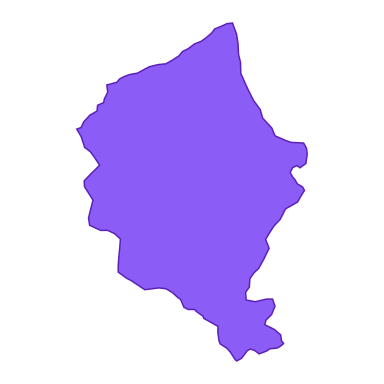 Kivisili, Larnaca, Cyprus
{"feature_id": "46923920B59918877113180", "entity_name": "Kivisili", "entity_type": "district", "adm_level": 2, "iso_a3": "CYP", "parent_name": "Cyprus", "parent_adm1": "Larnaca", "projection": "mercator", "projection_center": [33.515, 34.826], "detail": "fine", "context": "isolated", "style": "filled", "palette": "violet", "viewbox_px": 384, "rotation_deg": 0, "n_neighbors": 0, "source": "geoboundaries", "source_scale": "gbopen_adm2", "svg_char_len": 1806}
<svg xmlns="http://www.w3.org/2000/svg" viewBox="0 0 384 384"><path d="M232.5,23.0L232.2,23.1L226.8,23.7L222.2,25.9L214.9,28.8L211.4,33.3L205.4,38.3L200.8,41.5L194.6,43.9L188.0,48.8L182.5,51.5L178.9,55.9L172.4,60.1L165.9,63.8L158.1,64.6L149.2,66.8L144.9,69.1L137.5,73.1L129.1,74.7L124.3,76.5L119.5,79.0L117.0,82.2L106.8,85.0L107.7,92.2L104.3,99.1L103.6,102.6L97.6,105.3L97.0,111.1L90.0,115.0L83.7,121.9L81.1,127.5L76.8,129.1L81.3,136.9L84.6,147.3L90.4,151.8L94.0,156.7L99.6,165.1L96.5,168.4L91.6,173.1L91.3,173.4L84.2,180.8L84.5,186.7L93.0,200.1L89.9,212.3L88.5,218.2L89.2,222.4L89.6,225.3L100.6,230.4L107.7,230.4L114.5,233.6L120.4,239.0L119.7,248.3L118.7,258.5L118.2,266.5L118.2,272.1L126.7,278.3L131.0,280.5L134.7,283.0L144.8,289.7L158.9,287.9L166.1,288.8L172.3,292.5L177.7,297.4L180.6,299.4L183.9,307.2L188.2,309.5L194.2,309.4L197.2,312.1L202.9,316.1L203.8,318.4L217.9,326.3L217.9,332.8L219.1,341.3L220.2,343.9L227.1,348.4L230.7,352.6L234.9,359.3L236.7,361.0L241.7,358.2L247.2,350.8L250.2,349.0L254.8,350.6L259.1,353.9L260.6,353.3L266.5,351.1L269.8,348.8L277.0,348.1L280.4,346.2L283.3,343.9L283.6,343.2L281.5,340.9L280.7,334.9L274.4,329.5L264.8,324.7L266.0,320.1L271.6,314.5L275.0,306.2L272.5,299.1L266.5,299.1L255.2,301.7L246.2,300.0L245.6,292.3L249.3,287.2L249.9,278.7L253.8,273.0L258.6,268.5L263.7,259.4L269.1,248.3L265.6,239.4L268.7,234.1L273.9,226.1L280.3,219.2L285.5,208.9L297.6,202.0L299.4,198.7L302.1,194.2L304.5,190.4L302.5,186.9L297.3,183.8L294.9,179.6L292.6,176.9L290.2,172.5L292.7,167.6L296.9,165.6L300.0,167.8L305.9,163.5L307.2,154.0L306.5,148.2L303.6,143.0L291.3,142.4L285.9,140.6L275.0,135.8L271.8,128.0L262.7,118.2L260.2,109.5L253.5,100.4L247.7,88.8L240.8,73.4L240.5,62.4L238.6,54.7L238.0,43.6L237.8,42.2L236.6,34.3L232.5,23.0Z" fill="#8b5cf6" stroke="#5b21b6" stroke-width="1.5"/></svg>